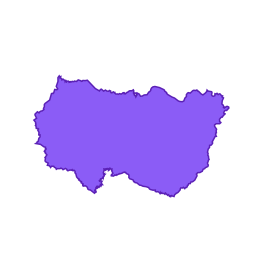 Wichian Buri, Phetchabun, Thailand (Natural Earth projection), rotated 28°
{"feature_id": "78962969B64397388555750", "entity_name": "Wichian Buri", "entity_type": "district", "adm_level": 2, "iso_a3": "THA", "parent_name": "Thailand", "parent_adm1": "Phetchabun", "projection": "natural_earth1", "projection_center": [101.036, 15.677], "detail": "fine", "context": "isolated", "style": "filled", "palette": "violet", "viewbox_px": 256, "rotation_deg": 28, "n_neighbors": 0, "source": "geoboundaries", "source_scale": "gbopen_adm2", "svg_char_len": 5873}
<svg xmlns="http://www.w3.org/2000/svg" viewBox="0 0 256 256"><g transform="rotate(28 128 128)"><path d="M42.8,114.3L42.5,116.4L44.3,119.7L45.1,124.9L47.6,126.5L47.2,127.6L45.2,128.4L45.9,131.8L45.6,132.8L44.8,132.9L44.3,133.6L45.7,140.1L43.3,145.2L43.1,146.5L44.2,148.6L44.2,150.4L45.1,151.2L44.1,153.3L43.2,153.9L42.4,155.4L42.3,156.4L40.4,156.2L39.4,159.4L39.8,160.2L42.7,162.3L41.2,165.2L43.7,166.3L44.5,167.7L44.8,167.7L45.2,168.6L45.1,169.3L45.9,169.5L47.2,171.4L48.9,170.7L49.5,170.9L49.3,172.2L51.5,173.7L52.4,175.9L52.8,176.1L53.5,175.4L54.3,176.6L54.5,177.6L54.1,178.8L55.0,182.2L54.3,183.0L54.5,183.9L53.9,185.0L58.5,183.5L62.5,184.1L64.2,183.7L64.4,184.4L64.9,184.6L64.9,185.0L65.3,184.8L65.6,185.4L65.0,187.8L66.5,188.1L66.4,188.8L69.0,189.8L68.6,193.1L69.2,193.2L70.2,196.0L71.2,196.5L74.0,196.5L74.3,198.8L76.4,198.2L78.2,199.2L78.4,197.7L79.8,196.9L80.6,196.7L81.4,197.3L82.8,197.1L84.1,198.1L84.7,197.1L87.1,195.8L87.6,194.9L89.3,194.9L90.2,195.3L91.7,193.1L93.5,193.2L94.0,193.9L95.0,194.0L96.5,192.3L97.8,191.9L98.2,191.0L98.8,191.4L99.2,191.1L99.6,191.5L100.6,190.6L101.7,191.2L102.2,192.5L103.3,192.8L105.6,195.3L107.2,196.0L108.4,196.0L108.4,196.5L108.8,197.0L109.4,196.6L110.4,197.3L111.2,197.2L111.6,197.6L112.1,197.3L112.5,198.4L114.3,198.3L114.5,199.2L114.9,199.2L115.0,199.9L115.5,200.3L116.0,200.2L116.1,199.8L116.9,199.6L117.3,199.1L118.7,199.1L119.8,199.4L121.3,200.8L122.6,200.9L123.9,200.4L128.9,201.3L128.9,200.6L129.6,200.3L129.9,199.4L128.5,198.2L128.3,199.0L127.9,198.7L128.2,196.7L127.9,196.1L128.9,196.0L129.1,195.6L129.0,195.1L128.8,195.4L127.8,195.3L127.8,194.2L128.2,193.9L128.5,194.4L129.3,193.6L129.6,194.1L130.2,194.2L130.3,193.7L129.8,193.4L130.5,192.6L130.4,192.0L130.9,191.9L130.3,191.0L131.1,190.9L131.4,191.3L131.4,190.3L132.0,190.0L130.1,189.1L130.1,187.9L129.9,188.2L129.2,187.5L128.4,187.5L127.9,188.3L127.5,188.1L128.0,187.3L127.7,186.5L128.4,186.2L127.9,185.5L128.9,184.7L128.9,184.0L129.8,184.3L129.6,183.5L129.0,182.9L129.5,181.5L129.1,180.9L129.4,179.9L128.7,180.3L128.6,179.5L128.1,180.1L127.2,179.0L126.6,176.2L126.0,175.4L127.2,175.0L127.9,175.9L128.7,174.6L128.0,174.1L128.8,173.5L129.2,173.9L130.0,173.0L130.6,173.3L130.2,173.8L130.7,174.7L131.2,173.7L130.7,172.2L131.1,172.1L131.0,171.4L131.7,172.5L133.1,171.8L133.3,172.9L133.8,173.0L133.8,173.5L135.9,175.0L135.3,177.2L135.5,177.8L136.0,177.5L136.1,177.9L137.7,177.3L138.2,176.5L138.3,175.8L139.7,175.4L139.7,174.6L140.4,174.6L141.7,172.5L141.9,172.7L144.0,170.7L144.6,169.4L145.1,169.3L145.6,168.6L146.4,168.7L146.7,168.3L148.0,169.0L150.4,168.8L151.4,169.9L151.9,171.2L153.3,172.0L156.3,171.5L157.2,171.6L157.7,172.3L158.5,172.7L158.8,172.4L159.9,172.9L161.5,172.3L165.1,173.0L166.3,172.5L168.6,172.4L171.6,171.3L174.2,170.9L175.5,171.7L176.6,171.8L179.2,171.2L181.3,170.0L181.9,171.2L183.1,171.0L184.3,170.2L185.4,170.1L187.1,170.8L187.1,170.1L187.4,170.6L188.2,169.3L188.7,169.8L190.9,168.7L191.2,169.0L191.5,168.0L192.0,168.4L192.3,168.1L192.9,168.7L193.5,168.3L194.6,168.8L195.0,167.9L196.3,168.4L196.8,168.2L197.2,168.5L197.1,168.8L198.0,168.6L198.1,167.9L197.7,167.6L198.3,167.1L198.7,167.3L200.8,166.9L200.5,164.8L201.1,163.8L201.2,162.8L201.7,162.6L202.4,161.4L203.1,158.2L202.7,157.2L202.8,156.0L204.3,155.4L204.7,154.4L206.6,154.9L206.7,153.6L207.7,153.0L207.8,151.6L207.4,150.8L208.0,150.1L207.7,148.7L209.1,147.8L208.8,146.3L210.3,145.1L211.4,142.7L211.4,137.9L210.9,137.1L210.0,136.6L210.5,134.7L212.4,133.6L213.9,131.3L213.7,129.1L214.8,127.9L214.9,126.8L216.6,124.5L216.3,123.0L215.1,122.3L214.4,121.1L214.6,120.4L214.1,118.9L214.4,117.7L213.4,116.9L212.2,115.0L211.3,114.7L210.6,112.7L209.6,112.2L208.7,109.0L209.1,106.9L208.2,105.0L209.5,104.0L209.9,102.1L209.7,101.4L208.9,100.9L208.9,94.6L209.9,93.9L208.4,92.7L208.4,92.1L207.8,91.4L208.3,90.7L207.1,89.1L206.8,87.5L203.6,85.8L203.0,84.6L203.9,82.8L206.9,81.2L207.4,79.8L207.4,79.5L205.9,79.3L204.7,77.3L205.1,75.3L205.6,74.3L206.1,74.2L206.4,72.0L207.1,70.2L207.0,69.9L206.2,70.2L205.4,69.8L205.2,67.6L205.8,66.7L206.9,66.2L207.7,63.0L207.0,62.2L205.5,62.3L204.7,62.9L204.4,64.0L203.5,64.2L203.6,65.1L202.7,65.1L202.6,64.2L201.2,63.1L199.6,62.7L198.4,59.6L198.2,56.6L196.4,56.4L196.5,55.3L195.1,55.4L193.2,54.7L192.6,55.0L191.9,56.2L190.3,55.6L189.8,56.7L188.7,56.9L189.5,58.7L188.4,60.0L187.3,60.1L186.2,59.5L185.6,57.4L184.8,56.7L181.4,57.8L180.0,57.4L180.4,58.8L179.8,61.1L178.6,63.6L176.7,63.6L172.8,62.4L172.0,62.7L171.0,62.1L169.8,63.4L168.5,63.7L167.7,64.6L166.6,67.9L164.6,68.5L164.1,69.5L163.9,71.2L164.8,72.8L164.2,74.9L164.6,77.9L163.6,79.3L161.5,80.2L159.8,80.5L155.0,79.7L152.3,80.0L147.6,79.8L145.8,79.3L145.7,78.8L144.7,78.4L143.3,78.3L142.4,77.5L141.6,77.3L136.9,77.5L132.3,78.7L130.7,80.0L130.0,81.6L130.0,83.1L130.4,84.2L130.0,86.0L129.5,86.4L129.2,89.7L126.7,91.3L125.6,93.1L124.1,94.1L122.0,92.8L119.3,92.8L119.3,93.4L120.2,93.3L119.9,94.0L119.5,94.1L120.4,94.6L119.9,95.3L120.3,96.0L120.3,96.8L119.8,96.3L118.4,96.1L117.3,95.1L117.7,94.8L117.6,93.8L116.7,94.3L116.7,94.0L116.0,93.8L115.8,92.6L114.8,91.8L113.9,93.3L112.1,94.3L111.2,95.6L111.0,96.6L110.4,97.0L109.7,99.0L108.8,99.4L108.8,98.8L107.9,98.6L107.0,99.3L107.1,99.6L106.0,101.3L104.4,101.6L103.5,102.9L102.6,102.9L101.5,103.7L99.9,103.4L99.7,102.8L98.9,103.2L98.3,102.9L97.3,104.0L97.3,104.5L96.5,104.8L95.7,104.4L95.3,103.5L93.9,103.6L93.7,104.6L92.1,105.3L90.3,105.1L89.1,106.9L86.3,106.2L85.6,106.9L85.4,108.7L80.6,108.5L69.7,104.9L67.9,106.3L66.1,107.1L65.7,107.4L65.7,108.0L64.9,108.7L64.4,108.4L61.5,108.9L60.9,110.1L60.9,110.9L60.5,111.2L58.7,111.7L58.6,112.3L57.9,112.8L56.9,113.0L56.7,113.6L55.1,114.9L55.1,114.3L54.0,115.0L53.4,114.6L52.8,114.9L51.9,115.6L52.1,116.3L51.5,116.3L51.1,115.5L50.8,115.9L50.5,115.7L50.5,116.2L50.2,115.8L47.6,115.3L47.1,116.5L46.5,115.9L44.9,115.4L44.7,114.8L44.5,115.4L44.1,114.6L43.8,115.0L42.8,114.3Z" fill="#8b5cf6" stroke="#5b21b6" stroke-width="1.5"/></g></svg>